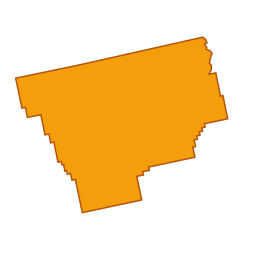 Musselshell, Montana, United States of America (Mercator projection), rotated 348°
{"feature_id": "52423323B78609580638287", "entity_name": "Musselshell", "entity_type": "district", "adm_level": 2, "iso_a3": "USA", "parent_name": "United States of America", "parent_adm1": "Montana", "projection": "mercator", "projection_center": [-108.305, 46.444], "detail": "fine", "context": "isolated", "style": "filled", "palette": "amber", "viewbox_px": 256, "rotation_deg": 348, "n_neighbors": 0, "source": "geoboundaries", "source_scale": "gbopen_adm2", "svg_char_len": 812}
<svg xmlns="http://www.w3.org/2000/svg" viewBox="0 0 256 256"><g transform="rotate(348 128 128)"><path d="M89.8,56.2L28.5,55.9L28.4,86.5L31.9,86.5L31.8,96.7L45.5,97.0L45.4,117.5L49.5,117.5L49.2,126.4L52.6,126.4L52.4,146.9L55.8,146.9L55.7,150.3L57.4,150.3L57.3,157.1L59.0,157.1L59.0,160.6L62.4,160.6L62.4,167.4L65.8,167.4L65.7,201.3L126.5,201.2L126.5,177.1L133.3,177.2L133.3,173.8L140.1,173.9L140.1,170.5L187.4,170.5L187.4,160.2L190.2,160.2L190.2,153.4L193.6,153.4L193.6,150.0L197.0,150.0L196.9,146.6L200.3,146.6L200.3,143.2L203.7,143.1L203.7,139.7L227.4,139.7L227.6,116.0L225.1,116.0L225.3,92.3L218.4,92.3L221.8,87.8L222.6,83.9L221.1,81.7L223.1,76.7L225.7,72.6L224.5,69.7L220.8,67.2L221.8,65.9L220.1,61.6L223.0,61.1L222.4,57.7L220.0,54.7L89.8,56.2Z" fill="#f59e0b" stroke="#b45309" stroke-width="1.5"/></g></svg>